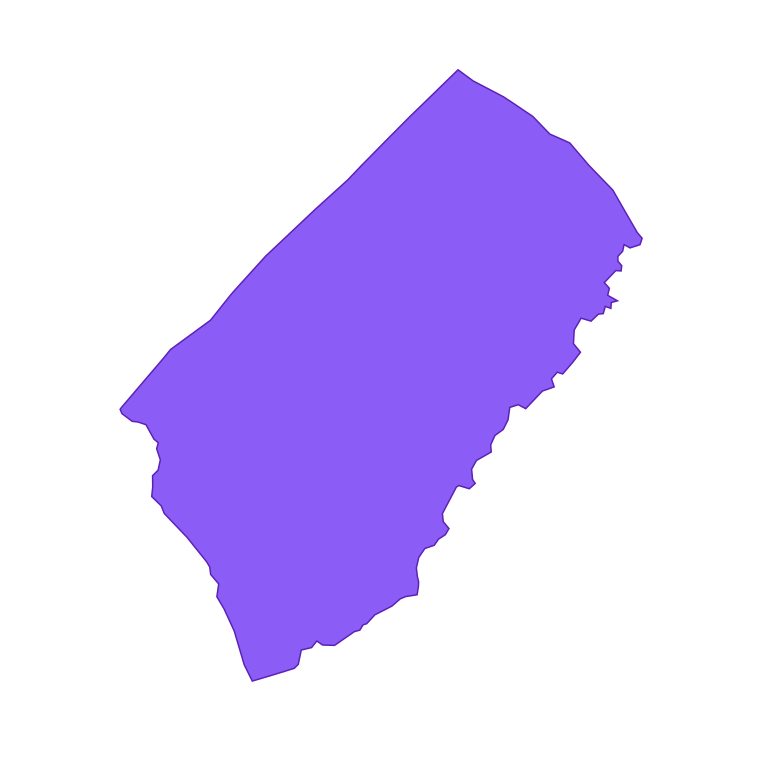 outline of Camuy, Puerto Rico, rotated 46°
{"feature_id": "32010507B35175802889516", "entity_name": "Camuy", "entity_type": "district", "adm_level": 2, "iso_a3": "PRI", "parent_name": "Puerto Rico", "parent_adm1": "", "projection": "orthographic", "projection_center": [-66.848, 18.417], "detail": "fine", "context": "isolated", "style": "filled", "palette": "violet", "viewbox_px": 768, "rotation_deg": 46, "n_neighbors": 0, "source": "geoboundaries", "source_scale": "gbopen_adm2", "svg_char_len": 1853}
<svg xmlns="http://www.w3.org/2000/svg" viewBox="0 0 768 768"><g transform="rotate(46 384 384)"><path d="M240.3,587.5L247.9,583.5L263.9,587.8L269.5,587.2L272.6,592.5L283.2,597.6L289.0,606.3L289.2,614.2L297.3,621.8L303.2,628.8L303.7,629.3L316.8,628.9L324.5,632.0L357.1,632.2L357.4,632.2L388.8,635.1L394.6,636.5L400.6,641.0L413.0,641.8L420.9,652.0L434.4,655.2L457.6,663.3L488.9,679.6L506.2,685.1L516.0,666.2L521.9,654.6L526.2,646.0L526.1,640.4L517.9,628.3L523.3,619.2L522.2,610.9L529.1,609.5L537.7,601.1L541.5,577.4L544.3,572.4L542.7,566.3L544.4,563.0L543.7,550.9L549.3,532.4L549.8,521.7L551.9,516.2L558.6,506.6L553.3,499.6L550.2,496.4L545.6,493.7L538.8,488.5L532.9,479.4L530.7,468.9L534.9,459.9L533.5,452.5L535.0,444.5L533.1,437.7L524.2,437.0L517.8,432.0L508.4,403.5L509.1,400.7L518.6,395.4L518.9,387.5L514.2,386.6L506.1,380.1L503.2,370.6L507.4,354.1L501.9,349.5L498.1,340.0L499.5,329.7L495.9,319.6L488.2,309.8L492.2,301.8L500.2,299.2L499.4,281.9L499.1,275.0L504.3,263.6L496.6,259.9L495.9,251.2L500.9,248.5L499.5,233.1L497.6,220.6L486.6,219.7L477.3,209.7L473.6,196.5L482.6,191.4L482.7,181.2L485.7,177.4L481.9,170.9L487.2,168.3L483.3,163.9L486.3,158.3L475.6,161.5L471.7,155.4L464.1,155.1L463.4,138.5L467.4,134.9L464.0,130.8L458.2,130.4L454.9,127.4L454.6,126.2L454.3,120.1L450.5,114.5L457.0,112.5L461.6,103.0L458.5,97.1L451.0,96.6L429.3,91.2L414.2,87.4L403.5,84.7L392.2,84.7L390.8,84.7L376.3,84.7L375.5,84.7L368.8,84.7L345.7,83.3L341.3,83.0L339.6,82.9L324.5,89.0L319.4,91.1L294.8,91.1L284.5,93.3L284.2,93.4L272.2,95.9L264.3,97.7L261.0,98.4L254.5,100.5L228.1,109.3L224.0,110.0L209.4,112.5L209.6,162.3L209.6,178.7L210.3,213.8L211.2,249.1L212.0,268.6L210.6,311.4L209.8,380.4L212.9,426.9L213.5,433.3L217.6,464.5L210.9,513.4L212.4,526.1L218.5,589.2L218.9,591.4L223.3,593.1L235.9,591.1L240.3,587.5Z" fill="#8b5cf6" stroke="#5b21b6" stroke-width="1.5"/></g></svg>